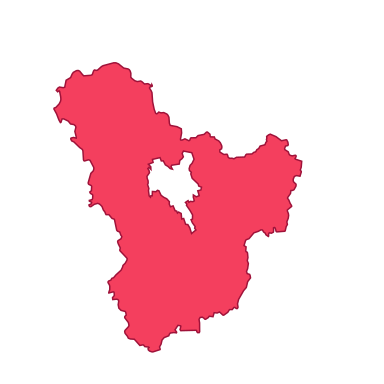 Kiev, Albers equal-area conic projection, rotated 346°
{"feature_id": "UKR-321", "entity_name": "Kiev", "entity_type": "Region", "adm_level": 1, "iso_a3": "UKR", "parent_name": "Ukraine", "parent_adm1": "", "projection": "albers", "projection_center": [30.544, 50.332], "detail": "fine", "context": "isolated", "style": "filled", "palette": "rose", "viewbox_px": 384, "rotation_deg": 346, "n_neighbors": 0, "source": "natural_earth", "source_scale": "10m", "svg_char_len": 5995}
<svg xmlns="http://www.w3.org/2000/svg" viewBox="0 0 384 384"><g transform="rotate(346 192 192)"><path d="M109.2,46.3L110.9,46.5L112.2,47.5L114.2,51.7L115.1,53.1L122.2,54.3L123.6,54.0L125.8,50.7L126.8,50.0L128.8,50.9L129.8,50.9L134.5,48.4L136.3,47.9L147.3,47.7L149.5,48.3L151.7,49.9L155.7,55.2L159.7,57.1L160.7,58.1L161.3,59.8L161.4,62.0L160.4,65.8L161.0,67.1L163.4,70.2L165.6,71.6L169.1,71.9L170.2,73.0L172.0,75.7L175.4,76.2L177.2,77.8L177.8,79.0L178.7,78.8L179.0,78.1L179.2,79.0L178.9,79.8L176.3,80.1L175.9,80.9L176.9,84.1L177.2,85.9L175.6,95.0L175.3,102.7L175.8,106.9L176.4,107.5L177.3,107.5L179.1,106.4L181.0,107.7L183.8,108.1L186.5,110.3L187.2,111.6L187.7,113.9L186.7,119.8L187.0,122.1L193.3,125.0L196.9,128.1L196.2,132.2L193.7,137.7L193.5,138.6L193.8,139.0L195.1,139.2L198.0,138.7L201.4,141.5L202.5,141.1L203.5,139.5L204.2,139.2L208.9,140.3L211.5,138.7L217.7,139.0L220.5,137.4L221.5,137.6L223.4,140.3L223.1,142.6L223.4,143.0L227.0,144.0L227.2,146.1L230.3,148.9L231.4,151.1L232.0,154.1L231.9,155.6L231.1,157.3L229.3,157.7L228.8,159.1L228.8,160.1L232.0,163.3L235.1,163.8L235.5,165.0L235.4,166.7L236.5,168.4L239.0,168.9L240.7,169.9L243.6,169.1L251.5,170.8L253.4,168.8L254.2,168.5L259.3,169.6L261.5,168.5L263.5,168.4L265.2,166.6L267.2,166.0L269.2,163.9L274.2,163.8L275.7,161.7L276.9,160.9L276.9,159.2L277.6,157.9L277.9,156.1L280.1,155.1L281.9,154.8L286.9,158.6L291.2,163.9L296.0,164.1L296.5,164.4L297.1,166.9L296.8,169.5L296.2,170.1L293.8,170.1L292.4,172.2L292.3,173.3L295.1,176.3L295.4,179.1L296.2,180.2L298.0,181.2L301.1,181.3L301.7,181.8L301.6,182.8L300.0,184.6L300.5,185.3L305.9,188.7L304.0,194.3L302.4,196.9L303.0,198.5L302.8,199.2L300.6,202.8L297.5,201.4L296.1,201.4L294.9,201.9L293.3,204.1L292.9,205.8L293.1,206.9L294.8,209.5L294.7,210.4L294.2,211.6L291.6,214.4L290.1,214.8L288.3,214.5L287.2,217.3L283.5,220.5L283.2,221.2L284.0,223.2L284.5,226.8L285.3,229.2L285.2,230.1L280.3,232.4L279.9,233.4L280.3,236.1L280.1,238.1L279.0,240.8L276.8,243.9L276.7,246.6L275.0,248.4L273.0,252.3L272.3,252.5L264.6,251.2L264.1,250.6L264.0,247.1L263.2,246.3L262.4,246.5L261.8,249.4L261.2,250.7L259.1,251.2L257.1,250.3L256.2,251.2L255.7,253.3L255.3,253.6L253.4,251.4L253.1,249.7L251.8,248.1L251.2,246.0L249.8,245.4L246.9,246.2L242.2,246.6L236.0,251.1L233.1,251.4L232.2,252.1L229.5,256.6L231.2,258.3L229.9,262.2L230.1,263.0L231.0,263.8L231.1,264.7L230.4,269.2L229.0,272.0L229.4,275.0L227.4,279.9L225.7,282.2L225.8,284.5L228.0,285.9L228.2,287.2L228.0,289.5L224.3,292.5L221.6,297.8L218.2,300.2L211.3,307.4L209.1,311.5L208.8,314.9L207.9,316.0L206.8,315.8L205.6,314.3L204.7,314.2L202.6,315.8L199.9,315.2L197.6,317.4L193.0,319.2L192.2,318.9L189.7,315.1L187.2,315.5L184.3,314.5L182.2,318.1L178.7,316.7L177.4,317.8L174.4,318.8L173.7,318.5L172.8,317.0L171.6,315.9L169.5,315.7L168.0,317.3L167.7,320.8L165.6,329.5L164.9,330.2L163.4,329.8L162.9,328.8L162.9,327.4L162.3,327.1L147.5,323.8L147.1,322.6L148.6,319.8L148.6,319.1L146.1,318.0L142.2,321.6L143.2,324.3L142.8,324.9L140.4,324.0L136.8,323.6L135.6,324.5L134.7,325.9L129.8,326.5L127.1,328.4L125.2,332.1L123.0,334.5L123.1,336.8L122.8,337.2L115.3,337.7L114.0,337.2L112.3,336.0L111.4,334.6L111.5,333.3L112.7,332.4L112.3,331.9L108.8,330.6L108.0,328.8L107.1,328.4L104.3,328.3L100.4,320.9L96.6,319.7L94.9,318.5L94.4,316.3L92.9,313.0L92.9,311.2L93.5,310.1L97.9,307.2L98.6,306.1L98.7,303.3L96.3,297.7L96.7,296.5L98.4,295.5L98.6,292.7L98.2,291.7L94.5,289.7L92.9,287.0L93.1,283.5L94.4,280.4L94.5,279.5L94.2,278.6L93.1,277.8L89.1,277.2L89.3,275.3L91.6,273.6L92.1,270.7L92.0,270.2L91.3,269.8L86.9,269.9L86.9,269.4L88.6,266.8L89.4,263.7L89.4,262.2L88.6,259.6L88.9,258.7L89.6,258.2L91.9,257.9L93.3,256.4L95.2,256.2L98.2,254.0L104.3,250.7L106.3,248.3L107.3,246.5L109.9,245.0L112.2,242.6L113.0,241.1L112.7,240.2L107.9,231.6L107.9,230.8L108.9,229.0L107.9,224.3L107.8,222.3L108.4,221.3L111.8,220.2L113.1,218.4L113.0,217.9L112.5,216.6L112.2,213.4L110.2,211.9L109.7,210.8L110.1,200.1L109.8,199.4L108.0,198.3L105.9,193.9L103.2,193.2L102.9,192.5L102.7,190.5L101.6,187.9L101.2,184.4L100.1,182.4L99.1,181.1L97.7,180.2L94.3,180.3L90.3,181.8L89.3,181.4L88.8,180.4L89.0,179.5L91.2,179.2L92.1,178.0L92.1,177.6L90.2,176.1L90.3,175.3L93.3,175.2L94.0,174.2L94.8,171.7L94.8,170.4L93.1,168.8L92.8,167.3L94.7,166.4L96.0,162.3L95.8,161.4L93.7,159.6L93.4,158.9L93.5,157.9L98.4,149.4L101.2,147.7L101.9,146.7L102.4,145.6L102.6,144.3L100.7,136.6L99.3,135.7L95.3,135.9L94.6,135.4L94.5,134.4L96.1,125.7L95.9,124.2L93.8,121.7L89.5,114.8L87.6,113.3L87.2,111.6L87.3,110.8L87.7,110.4L90.2,110.4L92.7,111.7L93.0,110.9L93.0,104.9L95.0,101.1L94.9,99.6L93.7,98.0L90.6,96.6L89.1,93.3L85.2,90.0L83.6,89.7L81.7,92.7L81.1,92.8L80.3,89.9L79.5,83.4L78.1,78.0L78.6,77.2L80.4,77.0L84.4,74.4L86.4,72.1L87.2,70.4L87.6,68.0L87.9,62.4L87.5,61.7L85.9,62.3L84.9,60.5L87.0,58.7L88.8,58.1L92.2,59.6L93.8,59.6L96.9,53.1L101.9,51.6L104.2,48.6L105.8,47.2L109.2,46.3ZM195.0,197.7L198.1,197.3L197.9,192.2L201.1,192.2L202.4,189.6L200.0,187.9L199.9,185.7L195.5,178.8L195.2,174.2L196.1,172.7L194.7,170.5L194.9,168.6L196.6,165.7L199.0,164.2L201.9,160.7L201.3,153.8L193.6,150.2L191.8,152.2L192.1,155.8L190.3,157.3L187.8,158.4L186.4,161.8L178.8,161.1L177.8,162.2L178.5,165.1L176.5,164.0L174.9,161.4L172.7,159.2L171.7,154.9L169.7,154.4L169.3,150.9L161.5,150.8L161.4,153.9L156.4,154.5L158.1,157.5L157.6,160.1L156.2,157.7L154.8,158.6L155.5,160.6L155.4,163.0L152.1,165.9L151.8,168.0L152.1,170.5L151.6,172.8L150.7,174.0L151.0,178.1L150.1,180.1L149.5,185.4L150.4,187.0L151.2,185.7L152.5,186.0L153.7,181.9L157.1,183.0L158.9,182.0L160.2,182.8L161.2,187.7L163.3,190.3L165.8,192.4L167.7,195.9L167.0,198.2L167.5,201.1L170.3,200.9L171.1,206.1L172.5,206.8L172.8,208.9L174.1,208.2L176.3,210.2L175.5,215.7L177.5,215.7L178.0,221.8L180.1,222.6L181.2,226.4L181.5,232.2L186.6,229.8L185.8,227.7L186.7,226.4L184.9,221.9L184.4,218.6L185.9,218.4L187.0,214.4L185.7,209.7L183.4,203.6L184.1,202.5L183.1,200.5L186.1,199.4L186.5,201.3L188.2,200.7L190.5,201.6L192.1,201.1L192.0,197.3L192.6,195.2L195.0,197.7Z" fill="#f43f5e" stroke="#9f1239" stroke-width="1.5"/></g></svg>